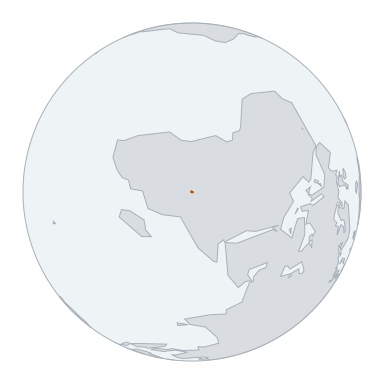 the Earth from above Gitega, rotated 107°
{"feature_id": "BDI-2639", "entity_name": "Gitega", "entity_type": "Province", "adm_level": 1, "iso_a3": "BDI", "parent_name": "Burundi", "parent_adm1": "", "projection": "orthographic", "projection_center": [29.917, -3.445], "detail": "fine", "context": "on_globe", "style": "filled", "palette": "amber", "viewbox_px": 384, "rotation_deg": 107, "n_neighbors": 0, "source": "natural_earth", "source_scale": "10m", "svg_char_len": 5999}
<svg xmlns="http://www.w3.org/2000/svg" viewBox="0 0 384 384"><g transform="rotate(107 192 192)"><circle cx="192" cy="192" r="169" fill="#eef3f6" stroke="#a8b0b8"/><path d="M24.6,168.9L24.2,173.9L25.5,178.1L25.7,185.1L25.3,189.7L26.4,190.7L26.5,193.6L33.5,197.0L39.4,203.8L40.7,214.1L38.8,226.5L43.9,251.9L42.3,261.0L46.6,271.2L53.4,286.4L51.8,285.8L57.1,292.8L60.2,297.4L60.5,298.1L64.7,303.1L57.1,293.8L50.2,283.9L44.0,273.6L38.6,262.9L34.0,251.8L30.1,240.3L27.1,228.7L24.9,216.9L23.5,204.9L23.0,192.9L23.4,180.8L24.6,168.9ZM87.6,324.8L85.9,323.1L87.0,323.8L88.5,325.2L87.6,324.8ZM344.9,120.1L347.4,126.0L347.3,129.0L348.3,131.8L345.9,127.7L346.3,132.7L353.5,151.0L354.6,156.0L353.5,164.2L352.9,160.4L346.6,149.5L348.0,161.4L352.9,172.8L354.6,185.4L352.0,180.7L349.9,169.6L347.7,165.4L346.4,155.0L341.1,139.1L338.3,141.2L336.7,135.1L328.9,122.3L323.9,125.1L317.2,139.6L319.2,155.3L315.6,161.9L304.0,138.5L298.7,123.6L294.6,124.7L282.7,112.2L262.2,110.6L259.3,107.0L255.4,108.5L247.0,104.8L242.4,99.1L237.4,99.4L249.5,114.7L254.9,114.6L259.4,108.9L261.8,114.5L269.9,119.8L261.1,133.3L230.7,145.5L227.7,133.8L204.3,103.7L204.9,100.5L204.8,100.1L204.5,99.5L202.5,104.8L198.4,99.3L211.0,119.5L213.1,128.6L230.2,146.2L228.6,148.0L234.2,151.8L251.7,147.6L251.9,151.5L243.6,170.0L219.2,195.8L222.4,213.7L220.7,229.2L205.5,239.6L206.9,251.7L199.1,256.1L198.6,263.0L192.4,270.5L181.9,277.8L164.0,278.4L162.8,272.1L153.8,260.1L141.2,231.2L145.7,217.6L144.0,207.5L131.1,185.8L134.0,173.4L130.5,168.5L123.4,170.2L119.5,164.5L115.2,164.6L88.5,171.2L80.6,164.3L71.4,142.5L76.4,132.9L77.5,122.7L111.7,86.8L118.6,87.8L145.2,82.1L148.4,83.1L144.9,90.3L164.6,98.4L171.3,92.1L189.5,96.8L201.7,96.5L206.7,83.2L186.6,83.2L183.5,77.0L199.9,71.6L217.5,72.7L216.9,70.4L206.0,65.1L210.3,61.3L202.3,63.1L205.3,65.4L200.4,66.8L197.3,64.9L198.9,63.5L193.7,62.5L187.1,70.4L189.5,73.6L175.6,75.3L178.3,81.0L174.4,83.8L168.5,75.4L169.3,72.3L158.0,64.4L155.9,67.7L166.4,75.6L163.0,75.1L160.2,80.4L159.6,76.0L148.7,67.3L136.3,70.2L120.1,84.4L113.0,86.3L107.3,84.5L113.8,71.2L128.9,68.6L131.4,64.6L128.8,59.8L133.6,59.7L134.4,57.7L140.2,56.8L148.8,51.6L154.7,50.8L158.6,45.2L162.1,44.3L158.8,47.7L159.7,49.9L174.5,49.0L177.5,47.8L178.8,44.5L182.7,45.0L182.1,42.0L190.8,40.8L179.7,40.0L180.9,36.9L186.4,34.7L184.8,33.8L175.8,37.5L174.1,39.3L175.7,40.9L169.1,46.5L164.0,47.7L163.3,41.9L155.8,43.2L158.5,38.8L181.1,30.3L190.3,29.1L204.5,32.4L202.1,33.8L195.8,33.2L201.2,36.2L201.0,34.7L204.2,35.4L206.2,33.4L208.6,33.8L206.4,31.4L209.6,31.7L210.9,33.3L216.6,31.3L223.3,32.1L223.4,31.5L221.7,30.7L231.3,32.6L231.0,32.1L227.7,31.2L224.9,29.9L223.7,28.4L227.1,29.1L228.0,29.7L235.0,32.5L236.8,34.5L238.1,34.7L237.3,33.2L228.8,29.8L227.1,28.7L231.6,30.1L229.8,29.5L230.0,29.3L233.5,29.9L228.8,28.4L226.7,26.6L238.4,29.5L249.8,33.2L260.9,37.7L271.7,43.0L282.1,49.1L292.0,55.8L301.4,63.3L310.3,71.4L318.6,80.1L326.2,89.4L333.2,99.2L339.4,109.4L344.9,120.1ZM99.7,103.7L98.7,106.7L99.7,103.7ZM236.2,81.5L246.8,82.6L241.9,74.6L245.6,74.5L242.6,72.0L241.5,74.0L234.2,67.4L238.7,65.6L237.4,62.6L233.8,62.1L226.7,66.6L237.1,75.8L234.7,78.8L236.2,81.5ZM82.5,63.3L80.8,64.9L76.9,68.5L79.0,66.5L76.9,68.3L77.3,67.9L82.5,63.3ZM133.2,49.0L135.0,49.8L132.5,52.1L125.0,54.6L128.5,51.1L133.2,49.0ZM138.1,50.6L139.5,44.9L144.2,43.6L141.3,45.2L144.3,44.9L140.5,47.5L143.6,52.4L141.6,54.8L128.8,57.2L134.1,54.9L132.1,54.0L138.1,50.6ZM134.7,37.2L135.4,35.9L144.8,34.5L143.1,35.9L135.5,38.1L133.0,37.8L134.7,37.2ZM175.2,23.9L175.4,23.9L171.8,24.3L174.8,24.1L169.9,24.7L170.6,24.7L166.9,25.3L163.6,26.2L161.4,26.5L161.0,26.7L158.6,27.3L157.3,27.8L153.0,28.7L151.1,29.5L150.1,29.5L148.1,30.8L147.7,30.3L144.5,31.4L146.6,31.3L126.2,37.1L118.0,40.8L111.3,44.3L111.5,43.7L117.8,40.2L121.8,38.3L134.6,33.1L147.9,28.9L161.4,25.8L175.2,23.9ZM152.4,80.2L154.9,80.4L159.0,79.9L157.3,83.5L152.4,80.2ZM144.7,74.3L147.1,73.7L146.7,78.1L144.0,78.1L144.7,74.3ZM148.7,70.0L147.2,73.4L146.4,71.6L148.7,70.0ZM161.0,47.1L163.6,46.6L163.7,47.3L162.2,48.6L161.0,47.1ZM183.5,25.5L181.7,25.3L182.6,25.1L181.9,24.4L185.5,24.2L187.3,24.5L183.5,25.5ZM203.2,85.4L199.4,88.0L197.6,86.7L199.3,86.1L203.2,85.4ZM177.1,85.4L182.9,87.0L176.6,86.4L177.1,85.4ZM187.3,25.2L186.6,24.8L188.8,25.0L187.3,25.2ZM188.1,24.0L190.7,24.1L185.8,24.1L188.1,24.0ZM262.3,313.3L262.8,315.6L260.4,315.7L262.3,313.3ZM249.3,227.1L237.2,254.3L229.4,254.3L228.1,246.2L232.7,229.7L242.0,225.1L246.6,217.8L249.3,227.1ZM358.3,221.9L358.6,219.8L358.4,221.1L358.3,221.9ZM358.9,216.3L359.0,217.4L358.6,217.9L358.9,216.3ZM359.0,217.8L359.0,217.7L359.0,217.8ZM358.7,215.8L356.0,212.8L354.4,209.6L355.2,206.9L357.7,209.4L358.7,215.8ZM355.0,206.7L352.0,197.0L344.9,171.7L347.5,172.7L354.4,188.9L354.0,191.2L355.8,198.6L355.0,206.7ZM360.6,195.8L360.2,203.1L359.1,200.8L358.3,198.9L357.9,188.8L358.2,184.3L358.9,185.0L359.5,171.2L360.2,176.0L360.5,182.0L360.9,189.2L360.6,195.8ZM320.0,156.8L323.8,166.7L321.5,168.0L320.0,156.8ZM358.3,162.0L359.0,167.0L357.8,159.6L358.3,162.0ZM349.8,136.4L349.1,136.6L348.3,134.2L348.7,132.6L349.8,136.4ZM216.9,26.3L213.8,27.2L214.0,28.5L217.9,29.8L211.2,28.7L210.9,26.7L216.9,26.3ZM225.1,26.3L222.2,25.8L225.1,26.3ZM222.5,25.8L216.9,24.9L215.5,24.7L220.2,25.4L222.5,25.8ZM202.1,24.0L200.9,24.2L199.1,24.0L202.1,24.0ZM331.8,286.9L330.2,288.6L331.2,286.1L334.6,281.3L342.7,265.2L342.7,265.8L347.2,255.5L351.1,249.0L351.3,248.2L345.9,261.6L339.4,274.6L331.8,286.9ZM360.2,208.2L360.2,207.7L360.7,200.0L361.0,191.5L361.0,191.3L360.2,208.2Z" fill="#d9dde1" stroke="#a8b0b8" stroke-width="1"/><path d="M191.9,190.9L192.0,190.9L191.9,191.1L192.0,191.2L192.2,191.3L192.3,191.4L192.3,191.5L192.2,191.7L192.3,191.8L192.3,191.7L192.4,191.8L192.5,191.9L192.5,192.1L192.5,192.3L192.6,192.5L192.4,192.8L192.2,192.9L192.1,193.1L191.9,193.1L191.9,192.9L191.7,193.0L191.6,192.7L191.4,192.6L191.5,192.5L191.7,192.4L191.7,192.2L191.9,192.1L191.9,191.9L191.8,191.7L191.6,191.5L191.7,191.4L191.9,191.4L191.7,191.3L191.7,191.2L191.8,191.2L191.9,190.9Z" fill="#f59e0b" stroke="#b45309" stroke-width="1.5"/></g></svg>